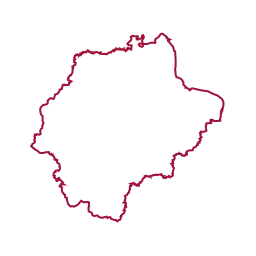 Kanchanadit, Surat Thani, Thailand, rotated 80°
{"feature_id": "78962969B17156499788774", "entity_name": "Kanchanadit", "entity_type": "district", "adm_level": 2, "iso_a3": "THA", "parent_name": "Thailand", "parent_adm1": "Surat Thani", "projection": "orthographic", "projection_center": [99.537, 9.081], "detail": "fine", "context": "isolated", "style": "outline", "palette": "rose", "viewbox_px": 256, "rotation_deg": 80, "n_neighbors": 0, "source": "geoboundaries", "source_scale": "gbopen_adm2", "svg_char_len": 5823}
<svg xmlns="http://www.w3.org/2000/svg" viewBox="0 0 256 256"><g transform="rotate(80 128 128)"><path d="M127.2,225.0L129.2,226.5L129.8,225.7L131.4,224.9L131.7,224.0L132.6,223.7L134.9,221.0L137.1,219.3L137.9,216.1L137.6,213.5L137.9,210.2L139.9,209.9L140.6,209.0L140.1,208.2L141.2,207.8L141.1,206.7L142.4,206.7L143.5,205.7L146.3,205.8L146.7,205.4L146.2,204.5L147.0,204.2L147.4,203.2L148.6,203.9L149.9,203.6L151.5,201.9L154.0,201.9L154.3,202.3L154.9,201.9L156.1,202.0L158.2,203.7L157.4,205.0L157.5,206.7L158.7,207.1L158.6,207.8L159.3,208.8L161.9,209.7L162.5,208.3L164.1,209.3L165.9,207.2L167.1,207.8L167.7,207.5L167.9,206.8L166.9,204.8L165.3,205.2L165.1,204.7L168.1,203.3L169.3,202.1L170.3,201.6L170.9,202.7L172.4,201.1L171.8,203.8L173.4,205.5L174.2,204.8L174.0,203.9L174.7,203.4L178.6,204.0L179.9,203.7L181.1,202.8L182.0,202.8L183.0,201.5L184.8,202.0L185.5,201.7L186.4,200.2L187.2,200.6L190.6,200.5L193.2,199.8L194.4,198.9L195.3,198.2L195.3,196.5L196.1,194.6L194.7,190.5L191.5,186.7L193.5,184.6L193.9,180.0L194.8,179.2L197.1,180.0L198.4,179.8L199.5,180.8L203.2,181.2L205.3,178.3L207.6,178.2L208.9,176.4L208.7,174.0L209.1,172.9L210.2,172.6L211.8,169.7L212.0,168.2L211.5,166.8L212.0,165.4L211.6,164.5L213.2,163.6L212.5,162.1L212.7,161.2L213.0,160.7L214.5,160.4L215.9,158.0L216.4,156.0L217.8,155.3L218.1,154.6L217.1,153.3L216.8,151.4L214.7,150.5L214.1,150.7L213.7,149.8L213.0,150.0L211.0,146.6L208.8,145.4L208.4,146.4L207.8,145.7L206.5,145.5L204.7,144.0L205.7,144.0L205.5,143.4L204.9,143.4L203.9,144.2L203.5,143.5L201.8,143.0L200.8,145.2L199.4,143.4L198.5,143.8L196.7,142.5L194.4,142.9L193.8,140.6L192.3,139.6L191.8,138.3L189.9,137.7L188.3,136.4L186.9,136.6L185.5,136.0L185.1,135.6L185.6,134.9L185.3,134.5L184.7,134.7L184.5,134.1L184.4,134.7L183.8,134.5L183.4,135.0L183.2,132.8L183.5,133.0L183.9,131.8L184.6,131.6L184.1,130.8L186.0,129.8L185.7,129.2L186.4,128.9L186.7,127.4L185.1,127.5L185.3,126.7L184.2,125.8L184.1,125.0L183.6,124.8L183.7,125.3L183.4,125.5L183.2,124.1L182.1,122.9L180.7,122.5L179.6,120.2L179.2,120.3L178.8,119.7L178.3,119.9L178.1,119.4L178.2,118.2L178.8,117.9L179.4,116.3L179.1,115.9L180.1,114.6L179.5,114.7L179.1,114.1L179.2,111.9L178.6,111.1L179.0,109.8L178.8,108.2L179.4,107.8L179.3,104.0L179.9,103.7L179.5,103.0L181.3,102.4L181.6,101.0L182.5,101.9L183.1,101.8L182.9,101.3L183.9,99.8L183.6,99.1L182.7,98.7L183.2,96.8L182.4,96.1L183.6,95.2L183.2,95.0L183.4,93.7L182.7,92.2L181.9,92.3L181.1,91.6L180.4,92.2L175.2,89.7L174.0,90.6L172.4,90.1L171.9,91.0L171.0,91.4L171.1,90.9L170.0,90.2L170.1,89.7L168.7,90.1L168.3,89.3L167.3,89.5L167.3,88.3L166.0,87.3L163.8,87.1L163.6,87.8L163.1,87.7L162.8,85.2L162.0,84.9L162.4,82.2L161.6,81.8L162.9,80.8L162.9,79.9L164.4,79.8L165.2,77.5L164.7,77.3L165.0,76.5L164.2,75.3L164.5,74.7L163.2,74.3L162.8,75.2L161.7,74.5L160.7,72.5L161.1,68.2L158.7,66.8L158.5,64.7L156.8,63.2L157.0,61.4L156.3,62.5L155.1,62.1L155.0,61.2L154.5,61.1L154.8,60.1L153.6,59.9L152.8,58.7L151.1,59.4L151.1,58.3L149.6,58.0L149.6,57.3L148.1,58.1L146.7,57.3L146.5,57.9L145.5,58.2L144.7,57.0L144.2,56.9L144.9,54.4L144.4,51.3L140.1,51.2L139.1,51.0L139.0,50.5L137.2,50.2L137.0,49.0L137.6,45.2L136.4,45.0L136.3,45.6L134.4,45.4L134.2,44.8L134.9,43.0L135.7,42.8L136.4,40.5L136.8,36.2L136.3,36.5L135.9,35.8L134.4,35.6L132.7,34.6L130.0,34.2L129.2,33.4L128.8,33.5L128.9,33.2L127.9,33.1L127.6,32.6L127.2,32.8L127.0,32.3L126.7,32.6L126.4,31.9L125.5,32.1L125.1,31.3L122.3,30.1L118.8,29.5L115.9,30.4L111.8,33.9L108.4,39.4L105.8,42.7L103.4,49.9L100.1,57.7L100.2,58.9L101.5,60.3L101.5,60.9L100.4,61.2L98.6,63.2L98.3,64.5L97.2,64.1L94.9,66.0L92.7,65.4L91.9,65.9L90.5,66.1L88.5,67.6L86.2,71.5L84.3,71.8L77.7,71.3L75.9,70.5L70.2,69.4L60.8,68.3L60.0,69.2L55.7,69.5L48.9,73.6L47.8,73.0L48.4,71.6L48.2,71.2L46.2,74.3L45.3,73.9L41.0,77.8L41.3,79.7L43.5,81.8L45.3,85.6L46.5,86.2L48.4,86.1L49.0,86.6L48.0,89.6L48.6,95.0L48.0,97.7L48.5,98.5L50.2,99.3L50.5,100.2L49.3,102.3L47.5,102.9L46.8,101.8L47.5,99.4L47.2,98.8L44.6,99.1L41.6,96.6L39.3,96.9L39.3,97.9L41.2,98.7L42.0,99.5L42.7,103.0L42.3,103.9L41.6,104.1L40.1,102.4L39.3,102.6L39.0,105.5L37.9,107.3L38.7,109.4L40.7,109.1L42.1,109.8L44.8,113.9L46.4,113.3L47.4,110.1L51.3,111.2L51.1,111.9L49.4,113.3L49.1,114.3L49.4,115.0L50.1,114.4L50.5,114.5L51.9,116.9L50.6,117.5L50.7,118.3L49.9,118.9L49.2,118.6L49.9,120.5L49.5,121.8L49.0,121.7L49.1,122.3L48.6,122.1L48.3,122.4L48.8,122.6L49.0,123.8L47.5,125.7L49.1,126.6L49.2,127.0L48.4,127.5L48.7,128.5L49.3,128.0L50.1,128.6L49.5,130.2L49.8,131.1L50.8,131.8L50.3,133.8L51.5,135.4L51.6,136.8L51.2,137.1L50.6,140.5L49.8,141.6L50.0,142.2L48.7,141.8L49.1,143.7L48.1,144.8L47.7,145.9L48.0,147.3L47.6,147.9L48.6,148.7L48.4,149.9L47.8,151.1L47.3,150.6L47.3,151.2L46.4,151.8L46.3,153.2L45.0,153.4L44.5,154.2L45.7,155.2L45.6,156.0L46.2,156.2L45.6,157.3L45.6,158.5L46.0,158.7L45.4,159.1L46.4,160.2L46.0,160.7L46.5,161.3L46.2,162.0L47.1,162.3L47.6,162.4L47.9,161.8L48.1,162.1L48.1,163.0L47.7,163.1L48.0,163.5L47.5,163.3L47.5,164.4L46.8,165.0L47.2,165.3L46.8,166.5L47.3,166.8L47.6,167.7L48.4,167.7L49.2,168.8L51.1,168.1L51.4,169.2L51.8,168.9L53.5,169.7L54.0,168.8L54.9,168.7L55.0,168.3L56.7,168.9L57.0,170.7L58.0,171.1L57.6,171.4L57.9,172.2L60.0,171.9L60.5,172.4L63.7,173.0L66.2,175.1L65.9,175.7L67.3,177.4L68.5,177.8L68.4,178.2L69.4,178.2L69.9,178.9L70.8,178.4L72.2,175.8L72.8,177.1L73.2,177.1L73.4,178.3L75.2,178.8L74.7,182.9L74.1,183.2L74.2,184.7L75.8,185.3L76.5,186.1L78.1,186.3L78.3,188.6L79.5,189.0L81.1,190.3L82.1,192.0L82.4,194.0L86.0,195.7L86.4,196.5L85.4,198.1L85.4,199.7L87.1,202.4L88.7,202.5L90.2,203.3L90.7,205.5L90.5,207.5L92.5,210.3L94.5,211.3L98.2,211.5L99.8,211.2L101.6,210.0L106.3,210.9L108.5,210.3L110.8,212.0L113.1,212.4L113.9,213.8L115.2,214.9L118.8,215.1L119.2,216.6L118.4,218.3L118.3,220.6L119.3,220.2L119.8,221.6L122.0,221.4L123.5,222.5L124.7,221.9L126.1,222.5L127.2,225.0Z" fill="none" stroke="#9f1239" stroke-width="2"/></g></svg>